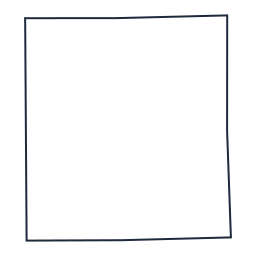 Shiawassee, Michigan, United States of America (Albers equal-area conic projection)
{"feature_id": "52423323B51018446031441", "entity_name": "Shiawassee", "entity_type": "district", "adm_level": 2, "iso_a3": "USA", "parent_name": "United States of America", "parent_adm1": "Michigan", "projection": "albers", "projection_center": [-84.175, 42.954], "detail": "fine", "context": "isolated", "style": "outline", "palette": "slate", "viewbox_px": 256, "rotation_deg": 0, "n_neighbors": 0, "source": "geoboundaries", "source_scale": "gbopen_adm2", "svg_char_len": 226}
<svg xmlns="http://www.w3.org/2000/svg" viewBox="0 0 256 256"><path d="M25.1,18.2L25.2,24.8L26.6,240.6L121.7,240.2L230.9,237.4L227.1,130.8L227.2,15.4L117.2,18.1L25.1,18.2Z" fill="none" stroke="#1e293b" stroke-width="2"/></svg>